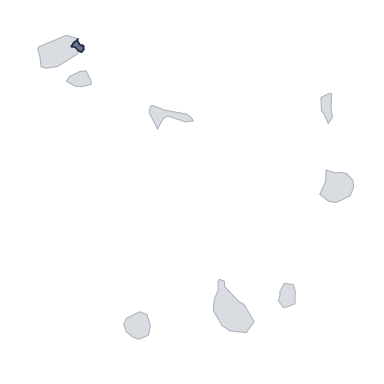 location of Santo Antonio Das Pombas, Paul, Cabo Verde, rotated 3°
{"feature_id": "66160863B53098387752451", "entity_name": "Santo Antonio Das Pombas", "entity_type": "district", "adm_level": 2, "iso_a3": "CPV", "parent_name": "Cabo Verde", "parent_adm1": "Paul", "projection": "mercator", "projection_center": [-24.994, 17.119], "detail": "fine", "context": "in_parent", "style": "filled", "palette": "slate", "viewbox_px": 384, "rotation_deg": 3, "n_neighbors": 0, "source": "geoboundaries", "source_scale": "gbopen_adm2", "svg_char_len": 3290}
<svg xmlns="http://www.w3.org/2000/svg" viewBox="0 0 384 384"><g transform="rotate(3 192 192)"><path d="M260.8,318.1L253.5,329.6L237.4,328.7L229.2,324.0L219.5,309.4L219.8,298.2L223.2,288.5L222.6,280.0L224.0,277.8L228.9,279.3L229.7,285.0L244.4,298.9L249.8,301.6L260.8,318.1ZM51.5,73.5L39.7,76.1L34.7,74.8L33.0,64.7L30.7,58.1L31.2,55.1L58.3,42.1L67.9,44.3L74.6,54.6L70.0,60.4L51.5,73.5ZM324.7,163.2L334.8,165.5L338.7,164.7L345.1,165.2L352.0,171.9L353.3,178.9L349.9,187.7L336.5,195.0L328.8,194.1L319.7,187.5L324.9,174.5L324.7,163.2ZM156.0,337.1L146.6,341.9L140.0,339.8L133.7,334.9L130.7,327.7L133.1,321.6L145.9,314.3L153.4,316.6L157.5,327.9L156.0,337.1ZM182.8,114.5L187.8,118.2L189.5,120.9L182.0,122.3L163.9,117.4L159.1,120.4L154.3,130.9L145.1,115.0L145.8,109.2L147.7,107.5L160.5,111.7L182.8,114.5ZM292.6,301.9L289.3,302.4L284.2,296.7L285.3,288.9L284.8,286.8L289.2,278.4L298.0,279.2L300.3,285.4L300.7,298.2L292.6,301.9ZM85.8,89.7L75.8,92.8L69.7,92.4L60.8,87.9L63.6,83.1L73.2,77.7L79.8,76.5L85.2,86.1L85.8,89.7ZM328.3,109.9L324.4,116.4L319.7,106.8L317.1,104.6L315.8,90.9L322.9,86.8L326.3,86.5L326.4,100.6L328.3,109.9Z" fill="#d9dde1" stroke="#a8b0b8" stroke-width="1"/><path d="M63.8,52.5L63.8,52.8L63.9,53.1L64.0,53.2L64.0,53.3L64.4,53.5L64.5,53.5L64.8,53.4L65.0,53.2L65.3,53.2L65.8,53.4L66.1,53.4L66.3,53.3L66.6,53.3L66.8,53.4L67.1,53.5L67.3,53.6L67.5,53.7L67.8,53.7L67.9,53.8L68.0,53.8L68.3,54.0L68.6,54.2L68.8,54.3L68.9,54.5L69.0,54.6L69.0,54.8L69.3,54.8L69.5,54.9L69.6,55.1L69.6,55.3L69.9,55.6L69.9,55.8L70.0,55.9L70.1,56.0L70.3,56.1L70.6,56.1L70.7,56.4L70.7,56.6L70.8,56.8L71.1,56.8L71.3,56.9L71.6,57.0L72.1,57.2L72.3,57.2L72.4,57.3L72.5,57.6L72.8,57.7L73.0,57.7L73.3,57.9L73.4,58.0L73.6,58.0L73.8,58.0L74.0,58.0L74.3,58.1L74.5,58.0L74.8,58.0L74.8,57.9L74.7,57.9L74.8,57.7L74.7,57.6L74.8,57.6L75.0,57.4L75.1,57.1L75.1,56.9L75.3,56.9L75.5,56.7L75.8,56.6L75.9,56.4L76.0,56.1L76.0,55.9L76.3,55.7L76.5,55.5L76.5,55.4L76.5,55.2L76.4,55.3L76.5,55.2L76.4,55.1L76.4,54.9L76.5,54.7L76.4,54.6L76.3,54.3L76.2,54.3L76.2,54.2L76.3,54.1L76.3,53.9L76.4,53.7L76.3,53.4L76.3,53.2L76.3,52.8L76.3,52.7L76.2,52.7L76.2,52.4L76.2,52.2L75.9,52.2L75.8,51.9L75.7,51.9L75.7,52.0L75.6,52.3L75.4,52.3L75.2,52.3L75.0,52.2L74.9,52.0L74.8,51.9L74.7,51.9L74.4,51.9L74.3,51.7L74.3,51.8L74.2,51.8L74.3,51.8L74.2,51.8L74.1,51.7L73.9,51.7L73.9,51.4L73.9,51.2L73.8,51.3L73.7,51.3L73.5,51.5L73.2,51.5L73.1,51.4L72.9,51.3L72.8,51.2L72.7,51.1L72.6,50.9L72.4,50.7L72.2,50.6L71.8,50.4L71.8,50.2L71.7,50.0L71.7,49.9L71.4,49.6L71.3,49.3L71.4,49.2L71.2,49.1L71.1,48.9L70.8,48.8L70.5,48.4L70.5,48.2L70.5,47.8L70.5,47.7L70.4,47.6L69.9,47.1L69.9,46.9L69.9,46.7L69.8,46.4L69.9,46.2L70.0,46.2L70.1,45.9L70.1,45.7L70.0,45.4L70.1,45.2L69.9,45.1L69.7,45.1L69.7,45.3L69.6,45.5L69.6,45.8L69.5,46.1L69.4,46.2L69.2,46.3L69.0,46.5L68.8,46.8L68.7,46.9L68.7,47.0L68.4,47.3L68.2,47.5L67.8,47.8L67.5,47.9L67.4,47.9L67.3,48.0L67.2,47.9L67.0,48.1L66.8,48.2L66.7,48.2L66.6,48.4L66.5,48.5L66.4,48.7L66.3,48.8L66.2,49.0L66.0,49.3L65.9,49.3L65.7,49.4L65.7,49.5L65.5,49.8L65.5,50.0L65.4,50.1L65.3,50.3L65.2,50.3L65.1,50.6L65.0,50.8L65.0,51.0L64.9,51.2L64.9,51.3L64.7,51.5L64.5,51.8L64.4,51.9L64.5,52.1L64.2,52.0L63.9,52.1L63.9,52.3L63.8,52.5ZM76.0,51.7L75.9,51.6L75.9,51.8L76.0,51.8L76.0,51.7Z" fill="#64748b" stroke="#1e293b" stroke-width="1.5"/></g></svg>